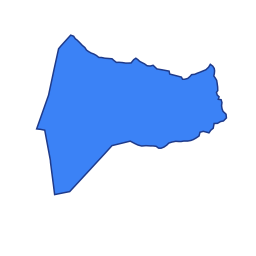 outline of Serrolândia, Bahia, Brazil, rotated 288°
{"feature_id": "56859067B30551948339196", "entity_name": "Serrolândia", "entity_type": "district", "adm_level": 2, "iso_a3": "BRA", "parent_name": "Brazil", "parent_adm1": "Bahia", "projection": "albers", "projection_center": [-40.233, -11.447], "detail": "fine", "context": "isolated", "style": "filled", "palette": "blue", "viewbox_px": 256, "rotation_deg": 288, "n_neighbors": 0, "source": "geoboundaries", "source_scale": "gbopen_adm2", "svg_char_len": 1605}
<svg xmlns="http://www.w3.org/2000/svg" viewBox="0 0 256 256"><g transform="rotate(288 128 128)"><path d="M42.0,78.8L49.5,92.2L99.1,115.0L103.8,117.1L106.3,118.2L116.2,134.2L115.7,137.1L115.3,139.5L114.9,142.7L115.1,146.6L116.8,150.6L117.8,154.5L118.7,157.4L119.3,160.4L118.3,163.3L119.0,165.7L121.0,168.1L123.8,170.2L126.2,171.4L128.2,174.1L130.1,177.5L130.8,180.3L131.5,182.6L132.8,185.0L134.1,188.9L135.6,191.7L137.3,193.8L139.6,195.9L142.3,198.0L146.2,197.8L148.1,200.6L148.3,203.9L148.4,206.5L151.4,207.4L154.1,209.1L156.5,208.8L158.9,208.5L160.1,211.7L162.7,214.0L164.2,216.6L168.0,218.5L171.4,217.0L173.2,213.2L175.5,211.4L178.1,210.1L181.2,209.5L183.7,207.8L183.2,205.0L185.8,205.0L187.0,202.6L189.2,201.1L191.3,201.8L194.7,200.6L198.2,198.9L200.7,197.6L202.7,195.3L204.0,193.5L206.4,193.3L209.1,192.7L211.3,191.6L213.0,189.5L214.0,186.6L210.8,185.9L207.5,184.1L205.7,182.0L203.3,179.2L201.5,176.9L199.7,174.9L198.4,172.0L196.3,171.1L193.6,169.5L191.9,166.9L191.2,164.8L192.9,163.1L192.7,159.0L192.2,151.0L194.8,149.5L193.8,141.9L193.1,137.3L195.4,132.5L193.8,130.0L193.1,127.0L194.1,123.9L194.6,120.6L195.0,118.4L196.0,116.4L196.8,113.9L194.7,112.3L190.8,110.8L189.8,108.1L189.0,105.7L188.5,102.5L187.7,99.1L186.8,96.7L187.8,93.9L188.9,91.4L188.1,88.0L187.2,84.3L186.9,81.2L186.1,78.4L187.2,75.6L187.8,72.6L187.9,69.8L188.5,66.9L189.3,64.4L191.2,62.1L192.5,58.9L194.5,55.2L195.9,52.4L196.6,50.3L198.5,47.9L198.6,44.8L185.0,38.7L181.9,37.5L161.4,39.5L134.7,42.3L98.9,41.4L99.7,45.3L100.2,49.5L73.2,64.2L71.2,65.0L48.2,75.9L42.0,78.8Z" fill="#3b82f6" stroke="#1e3a8a" stroke-width="1.5"/></g></svg>